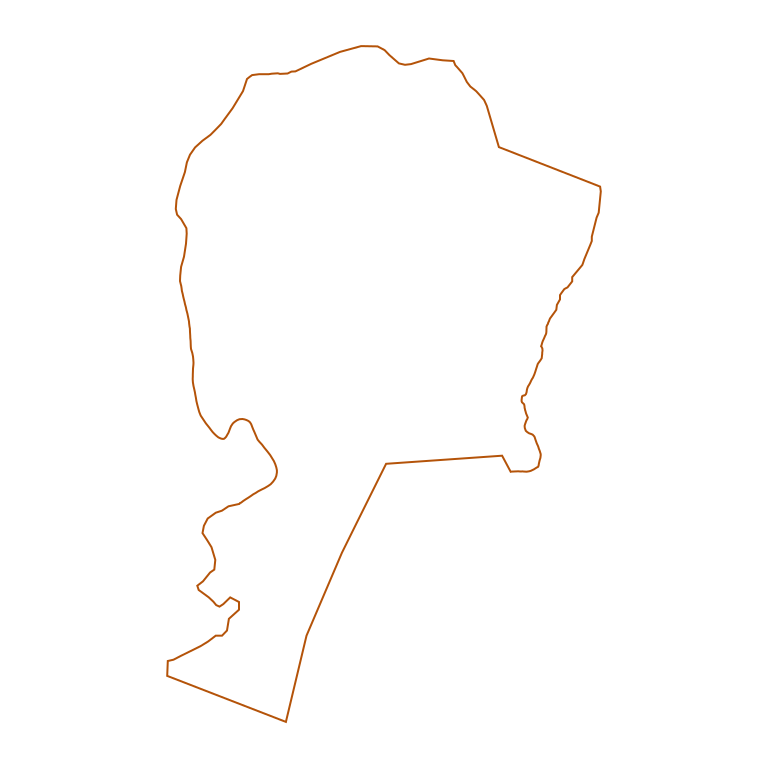 outline of Hope Estate, Vieux Fort, Saint Lucia
{"feature_id": "8701671B78477528803813", "entity_name": "Hope Estate", "entity_type": "district", "adm_level": 2, "iso_a3": "LCA", "parent_name": "Saint Lucia", "parent_adm1": "Vieux Fort", "projection": "albers", "projection_center": [-60.958, 13.763], "detail": "fine", "context": "isolated", "style": "outline", "palette": "amber", "viewbox_px": 768, "rotation_deg": 0, "n_neighbors": 0, "source": "geoboundaries", "source_scale": "gbopen_adm2", "svg_char_len": 4410}
<svg xmlns="http://www.w3.org/2000/svg" viewBox="0 0 768 768"><path d="M285.9,721.9L306.5,635.7L341.9,552.8L356.7,522.9L386.1,463.8L502.1,455.7L510.7,471.8L511.5,471.6L513.8,471.5L516.2,471.4L518.3,471.3L520.4,471.5L522.7,471.4L523.4,471.5L524.9,471.6L526.6,471.7L528.5,471.4L529.1,471.3L530.9,470.8L532.3,470.1L533.8,469.4L536.6,467.6L538.1,466.8L538.6,465.5L538.9,463.6L539.6,460.5L539.8,459.8L540.4,457.9L540.7,455.4L540.7,454.1L540.3,452.8L539.7,450.8L538.8,448.6L538.6,447.8L538.1,446.3L537.4,444.7L537.1,444.1L536.7,443.2L536.4,442.3L535.4,439.5L534.8,437.6L534.4,436.6L534.1,436.2L532.6,434.6L530.9,433.9L529.1,433.3L527.9,432.5L527.4,432.2L525.8,430.8L525.3,429.4L524.8,428.0L524.6,425.9L524.8,425.1L525.1,424.0L525.4,423.3L525.5,422.9L526.5,420.2L527.1,419.4L527.8,417.5L527.4,416.6L527.0,415.6L526.6,414.7L526.1,413.5L525.4,410.9L525.1,410.1L525.0,409.3L524.7,408.2L524.6,407.7L524.5,406.2L524.3,405.2L524.1,404.3L522.0,402.3L521.6,401.1L521.6,399.7L521.7,399.3L521.8,398.1L522.1,396.3L522.6,396.0L523.2,395.6L524.8,395.3L525.4,394.7L525.9,394.2L526.3,393.0L526.5,392.5L526.8,390.7L526.9,389.8L527.2,388.7L527.5,387.7L528.1,386.3L528.9,385.1L530.0,383.2L530.7,381.7L531.0,381.0L531.8,379.4L532.9,377.7L534.4,374.3L535.4,371.4L536.1,369.1L536.9,366.7L537.7,364.1L538.4,363.0L540.2,360.6L541.1,359.2L541.7,358.3L541.9,356.5L542.1,354.6L542.2,354.2L542.2,352.8L542.5,350.7L542.5,350.2L542.4,349.0L542.3,348.3L542.0,347.8L541.5,346.7L541.1,346.2L541.5,345.3L541.8,344.2L542.2,342.7L542.8,341.0L543.8,338.9L544.7,336.8L545.0,336.0L545.8,334.5L546.2,333.3L546.4,331.5L546.4,330.5L546.5,328.0L546.5,326.7L547.1,325.2L548.0,323.7L548.2,322.6L548.9,321.4L549.5,319.7L550.0,318.5L553.5,313.7L556.3,309.8L556.9,304.9L559.0,301.2L560.0,299.4L560.0,295.1L561.3,293.2L564.3,289.1L565.9,288.2L567.5,287.4L572.2,281.4L572.2,277.1L572.8,276.4L582.3,265.0L582.8,263.7L584.4,259.0L590.3,244.8L591.8,241.0L591.8,236.7L596.6,217.6L598.7,212.7L600.8,191.4L600.1,186.6L498.9,147.1L486.8,105.9L484.1,100.0L478.4,93.6L476.3,91.3L475.0,90.2L470.3,86.5L466.8,81.9L463.8,75.9L462.4,73.2L457.0,67.0L455.3,65.2L453.6,61.0L442.8,60.3L439.7,59.9L429.0,58.5L426.5,59.3L411.0,64.1L405.0,64.8L398.9,63.4L389.4,55.1L384.7,50.2L384.2,49.9L377.6,46.4L361.1,46.1L360.4,46.3L340.0,51.9L311.3,63.8L295.4,71.4L291.4,71.6L287.6,73.5L280.0,73.9L277.8,73.3L271.8,73.7L268.7,74.2L259.1,74.2L252.1,75.1L249.6,76.9L247.0,79.0L243.0,91.1L232.6,108.2L224.4,119.4L221.2,123.9L214.8,130.5L210.4,134.9L203.6,139.9L202.4,140.8L195.1,147.4L190.0,154.7L186.9,162.3L184.9,172.1L180.2,186.0L176.5,199.9L175.8,209.0L177.1,214.7L181.1,219.1L186.4,228.2L186.7,233.7L186.0,243.7L184.0,256.7L181.1,266.8L180.2,275.7L180.0,281.1L180.9,284.7L181.2,285.8L181.6,288.4L181.9,290.9L182.7,294.0L183.2,296.5L183.8,299.0L184.5,301.7L185.0,304.1L185.9,307.3L186.4,309.9L187.4,313.6L188.3,318.0L189.0,321.5L189.1,323.2L189.5,326.4L189.9,328.6L190.0,332.1L190.2,335.2L190.3,338.0L190.6,340.9L190.7,343.9L190.8,346.6L191.0,348.9L192.3,353.0L193.0,356.5L193.3,359.6L193.5,362.8L193.4,364.8L193.0,368.7L192.9,372.1L192.8,374.7L192.8,376.4L192.7,379.1L192.9,382.3L193.5,386.0L194.2,389.0L194.9,392.2L195.3,394.7L195.9,397.8L196.4,401.0L197.2,404.4L198.6,409.7L199.3,412.1L200.7,415.6L203.7,420.1L205.9,423.4L208.4,426.5L209.5,427.9L210.9,429.8L212.6,432.0L214.4,433.9L216.3,435.7L218.4,437.4L220.8,438.5L222.4,438.9L223.8,438.9L224.9,438.1L226.2,436.7L227.2,434.9L228.5,432.7L229.8,429.2L231.0,426.2L232.8,423.5L234.3,422.1L236.2,420.8L237.1,420.2L239.5,419.2L242.5,419.0L244.6,419.4L246.4,420.0L248.5,421.0L250.0,422.3L251.2,424.2L252.3,427.1L253.3,429.6L254.3,431.8L256.0,435.8L257.6,439.6L259.4,441.8L262.0,444.6L264.3,447.7L267.5,451.6L270.2,455.1L271.8,457.7L273.9,461.1L275.3,464.3L276.3,467.4L276.9,470.2L276.9,472.5L276.3,475.9L275.2,478.6L273.1,481.6L270.7,484.2L268.3,485.9L264.6,488.1L261.9,489.4L258.2,491.3L255.6,493.0L253.4,494.2L250.7,496.1L248.3,497.7L245.9,499.2L243.2,501.0L241.0,502.7L239.9,503.1L239.4,503.9L228.5,506.3L221.9,510.7L215.8,512.7L207.7,518.5L203.9,525.8L202.5,533.1L207.3,540.4L211.5,547.2L215.3,559.9L214.3,569.6L210.1,572.5L203.0,581.3L197.3,585.7L198.7,590.0L208.7,597.3L213.4,601.7L216.2,605.1L219.5,606.6L223.3,604.1L230.2,597.4L239.0,602.0L239.0,609.7L228.9,618.8L227.0,630.5L222.0,635.7L215.7,635.7L208.1,641.5L200.6,646.1L181.0,655.8L173.5,659.7L167.8,661.0L167.2,675.9L285.9,721.9Z" fill="none" stroke="#b45309" stroke-width="2"/></svg>